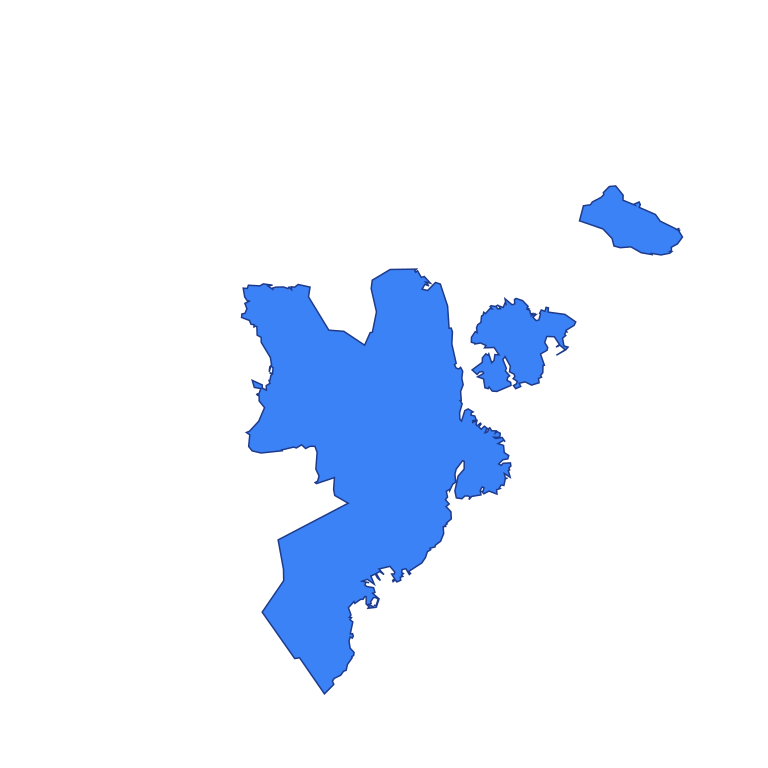 the district of Stavanger nor, Rogaland, Norway, rotated 33°
{"feature_id": "86288312B95219475773394", "entity_name": "Stavanger nor", "entity_type": "district", "adm_level": 2, "iso_a3": "NOR", "parent_name": "Norway", "parent_adm1": "Rogaland", "projection": "mercator", "projection_center": [5.714, 58.967], "detail": "fine", "context": "isolated", "style": "filled", "palette": "blue", "viewbox_px": 768, "rotation_deg": 33, "n_neighbors": 0, "source": "geoboundaries", "source_scale": "gbopen_adm2", "svg_char_len": 6155}
<svg xmlns="http://www.w3.org/2000/svg" viewBox="0 0 768 768"><g transform="rotate(33 384 384)"><path d="M502.8,676.3L505.5,663.3L502.6,661.3L502.6,658.0L506.3,651.8L506.5,647.0L508.2,644.7L506.1,639.2L506.4,631.0L505.5,630.2L506.4,628.2L505.1,625.4L499.5,624.0L494.7,618.7L493.4,614.6L495.8,614.4L495.6,612.2L493.6,610.5L491.8,611.9L487.4,600.5L483.8,600.3L483.9,597.6L482.0,598.5L482.1,595.7L476.0,591.0L477.3,582.9L479.0,583.9L481.6,577.5L483.7,575.9L483.7,572.6L484.9,572.1L488.8,578.2L492.7,579.0L492.7,580.8L498.0,576.4L491.1,577.3L492.8,575.2L491.3,573.6L491.5,569.1L492.8,567.8L496.2,567.5L498.2,574.4L495.9,574.8L498.9,574.6L496.9,566.9L488.4,565.7L489.9,563.7L486.2,560.5L479.9,563.2L477.5,563.0L476.8,559.9L479.8,558.8L473.1,561.3L476.4,556.9L484.8,557.2L477.6,552.2L480.2,548.1L484.1,550.2L488.0,550.8L480.7,547.2L482.5,543.6L487.8,543.8L480.5,541.9L488.3,533.7L495.5,535.9L496.1,537.6L493.9,539.2L499.2,541.7L498.2,544.0L499.3,544.8L500.1,542.2L502.6,543.0L504.9,539.4L502.9,537.3L504.6,535.1L502.8,534.7L503.5,532.4L501.6,532.6L500.2,529.8L503.0,527.0L509.0,530.0L509.5,528.4L506.8,527.8L513.2,513.4L513.3,506.9L511.7,501.1L513.4,497.5L512.0,496.7L515.5,492.9L514.9,491.1L517.1,485.0L515.5,476.9L511.4,471.5L513.0,470.1L512.1,470.0L513.1,467.0L512.1,466.7L513.9,460.5L509.7,454.7L502.8,453.0L504.0,449.1L498.5,447.6L498.9,444.3L494.7,440.1L496.3,436.8L497.2,437.7L496.2,430.7L497.5,427.2L492.5,420.8L490.9,416.1L491.7,405.4L493.5,405.3L497.6,411.8L496.3,420.8L501.7,435.1L506.7,440.1L511.8,437.8L512.8,433.9L515.7,432.0L517.5,432.0L518.2,434.6L518.8,430.5L525.7,424.2L522.6,420.8L522.4,416.9L524.4,416.5L525.5,420.1L524.4,420.8L527.5,421.7L530.4,416.6L538.7,414.8L536.0,411.4L538.3,408.5L537.4,408.6L537.2,404.9L539.8,403.8L537.4,397.5L538.9,395.6L537.2,397.0L533.6,393.5L540.6,393.5L535.4,388.9L536.2,387.7L534.4,386.3L535.1,383.7L533.0,381.3L527.1,385.6L526.6,388.4L523.7,388.6L525.0,382.7L528.6,379.4L527.6,376.1L522.2,376.0L517.7,370.4L512.1,371.9L515.0,366.0L517.0,366.4L512.2,364.5L507.3,368.9L505.2,368.8L509.1,366.5L509.7,364.6L508.3,362.0L504.8,362.3L504.1,364.5L503.5,362.2L499.8,364.6L496.6,363.1L495.8,365.1L496.8,366.0L496.5,368.5L495.2,369.9L494.6,365.0L491.1,364.7L490.2,369.0L486.9,368.3L487.2,364.7L486.1,364.4L484.9,368.3L483.2,367.8L481.9,364.1L479.4,367.9L478.3,366.6L480.9,363.9L477.6,361.4L474.0,362.7L472.8,360.7L473.9,358.9L468.1,359.1L466.3,362.3L469.2,372.9L466.9,372.3L463.1,367.0L460.3,358.0L456.9,356.5L457.8,355.8L452.3,348.5L450.8,341.5L446.1,336.8L443.1,330.5L439.2,328.3L438.5,330.7L435.7,331.3L432.5,329.3L433.3,327.4L419.1,313.5L413.0,303.0L409.9,300.5L408.2,301.8L394.9,284.0L376.8,269.5L371.9,270.8L369.7,281.8L364.3,283.7L364.0,278.1L368.2,277.3L363.5,275.8L368.0,274.2L359.2,271.9L357.2,274.3L350.5,270.8L349.7,273.0L348.1,272.3L348.6,270.0L326.8,284.6L317.6,303.3L321.3,311.0L338.4,327.6L346.1,347.0L344.4,348.4L346.6,362.0L321.6,361.7L308.4,368.9L273.2,352.0L269.2,343.0L257.8,347.3L256.3,351.5L253.2,353.0L255.0,355.2L251.6,354.4L251.5,356.2L246.8,357.4L240.5,361.7L238.4,364.1L239.1,365.2L233.3,365.0L236.7,361.8L228.2,365.8L226.5,369.3L216.5,375.0L217.3,378.3L213.7,380.3L219.8,386.9L224.3,388.8L226.4,387.2L223.4,392.2L228.0,395.5L228.9,400.4L226.7,402.7L228.3,405.8L236.5,404.0L239.9,406.3L243.0,405.0L244.0,407.7L243.9,405.9L246.1,405.1L251.0,412.1L255.6,411.8L258.3,415.9L274.2,423.6L279.3,429.2L278.9,431.9L281.1,436.3L279.3,430.4L282.1,430.8L284.8,435.8L281.9,436.9L285.0,436.7L284.5,438.5L286.3,442.9L285.6,443.6L288.0,445.6L286.1,449.5L288.7,453.2L284.2,453.7L282.4,451.1L271.5,452.7L277.1,457.5L283.2,454.9L284.5,460.6L283.2,461.1L283.1,462.0L285.1,461.6L283.4,462.4L285.8,462.0L288.5,466.2L296.7,468.9L299.2,483.5L296.9,496.9L295.0,499.6L299.1,499.7L304.5,510.1L309.8,511.9L318.5,508.8L334.9,495.5L334.0,495.1L342.6,486.1L345.3,485.4L348.0,479.9L353.4,480.8L355.8,476.6L360.0,473.9L365.1,477.7L373.2,492.5L379.6,496.5L381.2,501.5L379.9,504.2L381.6,504.3L393.4,489.5L399.2,499.9L403.4,504.3L418.9,503.5L380.1,572.4L400.6,594.1L407.0,603.6L406.1,641.7L458.7,662.9L462.3,659.6L502.8,676.3ZM511.0,227.5L497.8,227.1L482.5,234.3L480.4,230.6L478.2,231.4L479.4,235.4L475.6,236.2L476.0,240.0L477.2,240.2L479.0,246.0L477.0,248.0L472.5,246.9L473.6,243.1L472.0,244.3L472.6,242.2L470.4,246.1L470.2,244.0L468.7,245.4L466.2,242.9L463.5,243.3L464.4,242.1L462.6,242.2L462.5,240.4L454.8,238.6L448.2,240.3L447.4,242.0L450.0,245.6L448.3,247.8L439.1,246.6L442.7,250.6L441.4,250.5L442.3,254.8L437.6,256.0L440.7,257.4L438.3,259.1L435.7,257.7L436.9,255.3L435.1,258.4L431.3,259.9L430.8,261.2L433.7,262.1L431.8,263.0L430.7,269.8L428.6,269.5L429.6,272.4L428.8,273.9L431.7,279.6L430.3,283.3L431.0,286.5L434.1,290.2L432.0,290.4L431.9,297.2L434.5,301.4L439.1,300.1L437.9,301.5L442.6,297.0L448.6,296.2L448.6,298.9L456.5,293.4L464.6,296.9L461.0,298.9L463.5,304.5L462.7,307.5L455.5,301.7L455.7,303.2L453.0,303.2L452.3,308.5L454.6,312.3L450.2,324.2L456.9,325.3L457.5,322.1L460.0,319.8L461.8,320.8L458.6,327.0L464.7,325.5L470.7,332.2L473.9,331.2L473.7,329.3L478.6,331.0L482.7,328.8L491.3,316.0L489.3,313.6L485.2,313.9L484.1,311.2L484.9,308.7L478.6,306.9L478.1,304.2L470.4,298.8L470.6,295.1L480.3,300.3L482.6,305.4L487.8,304.9L489.7,306.5L489.4,309.2L494.4,309.2L494.9,311.9L493.4,314.8L497.0,316.2L500.0,311.6L497.0,309.7L501.3,305.3L508.3,304.6L513.4,298.5L510.6,295.2L512.4,292.5L510.7,291.6L511.0,288.0L507.3,281.9L508.3,280.9L498.9,273.6L502.4,266.9L501.4,264.2L496.2,261.7L494.6,255.5L501.1,251.6L509.6,255.3L508.2,259.4L510.3,255.7L517.3,256.6L512.9,266.0L517.8,256.4L518.3,252.8L514.2,254.0L508.8,248.4L510.0,244.3L508.3,243.8L508.1,241.2L509.0,240.7L507.4,239.9L511.5,231.3L511.0,227.5ZM459.1,140.7L483.2,134.7L496.1,137.8L501.7,143.0L507.9,141.0L516.4,134.5L528.3,133.8L538.3,129.5L537.2,128.8L546.0,124.9L552.5,118.6L553.2,116.2L551.8,116.9L552.5,115.7L550.5,112.8L553.8,106.7L554.3,98.2L547.5,94.9L548.7,93.8L545.8,94.9L546.9,92.5L545.4,94.8L527.0,97.0L519.3,94.0L501.9,96.9L501.2,93.9L498.8,92.4L495.9,96.8L497.1,97.3L484.3,99.7L481.7,95.4L470.4,91.7L465.4,95.7L463.7,104.0L465.2,105.6L464.4,109.3L459.6,117.8L459.5,121.3L454.2,125.9L459.1,140.7Z" fill="#3b82f6" stroke="#1e3a8a" stroke-width="1.5"/></g></svg>